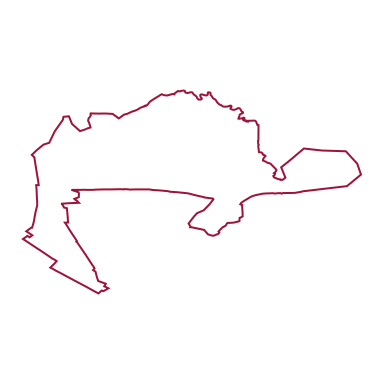 Stopiņu pag., Stopinu, Latvia
{"feature_id": "27541924B13594344549497", "entity_name": "Stopiņu pag.", "entity_type": "district", "adm_level": 2, "iso_a3": "LVA", "parent_name": "Latvia", "parent_adm1": "Stopinu", "projection": "robinson", "projection_center": [24.317, 56.919], "detail": "fine", "context": "isolated", "style": "outline", "palette": "rose", "viewbox_px": 384, "rotation_deg": 0, "n_neighbors": 0, "source": "geoboundaries", "source_scale": "gbopen_adm2", "svg_char_len": 5736}
<svg xmlns="http://www.w3.org/2000/svg" viewBox="0 0 384 384"><path d="M178.2,91.0L177.8,91.1L174.4,93.6L174.4,94.3L172.4,94.0L167.3,95.5L164.1,95.2L161.7,94.2L152.0,100.2L149.9,101.7L147.2,105.1L145.0,105.7L145.3,106.1L144.4,106.4L142.8,106.9L142.0,107.1L140.8,107.6L139.7,108.2L138.2,109.2L137.5,109.6L136.9,109.8L135.1,110.6L134.4,110.9L132.5,111.4L131.8,111.7L127.5,113.7L126.7,114.0L125.9,114.2L124.5,114.4L120.9,116.9L120.0,117.6L118.7,118.4L116.7,116.9L116.8,116.9L115.7,116.1L115.2,115.8L114.0,114.9L112.8,113.9L105.1,113.5L99.0,113.6L94.0,113.5L90.7,113.4L90.5,114.1L90.8,115.2L90.5,115.9L89.6,117.3L89.1,117.8L88.6,118.3L88.1,120.7L88.9,122.4L89.6,124.2L90.5,127.5L87.4,128.4L85.5,129.3L80.0,131.1L72.0,123.9L68.9,116.3L63.5,116.8L62.8,119.9L54.7,131.4L49.2,142.8L43.5,144.6L36.0,150.8L33.3,153.5L33.2,153.6L31.8,154.9L34.5,157.5L34.4,157.8L36.2,169.2L38.0,180.1L38.7,185.1L36.2,185.1L36.6,190.2L36.9,197.9L37.1,200.7L37.2,201.3L37.2,204.9L37.2,205.3L35.5,212.3L33.7,222.2L32.1,227.7L31.2,227.7L26.3,231.3L32.3,235.3L29.6,237.3L27.4,235.9L25.4,237.4L23.0,239.0L36.4,247.9L40.3,250.4L44.9,253.5L52.7,258.8L54.4,259.6L56.6,261.1L55.8,262.0L55.2,262.8L50.3,267.6L53.6,269.3L55.9,270.7L58.7,272.1L74.2,280.4L82.7,284.9L86.9,287.1L93.1,290.6L98.4,293.4L101.1,291.0L101.9,290.5L103.4,291.2L108.4,288.3L105.4,286.8L104.2,286.3L105.8,283.8L102.1,282.4L98.2,281.0L97.2,278.0L96.6,276.0L95.5,271.6L93.1,270.1L94.5,268.4L93.9,267.3L93.2,266.1L92.1,264.7L85.6,254.7L76.7,241.7L76.4,241.6L76.9,241.0L73.3,235.6L69.6,230.0L67.9,227.2L66.5,224.9L64.9,222.6L68.1,222.5L68.0,222.0L68.0,221.5L68.0,221.1L67.8,218.8L67.7,216.9L66.9,208.2L64.2,207.6L64.0,207.4L62.3,204.3L61.9,204.2L61.9,203.7L69.0,203.2L78.9,202.8L76.7,200.6L75.2,199.7L74.4,198.9L78.8,197.1L78.8,196.8L78.9,194.5L78.8,194.3L78.9,193.8L78.9,193.3L78.5,192.2L71.4,189.9L81.5,189.9L81.8,189.8L83.1,189.8L91.5,189.9L93.9,189.8L95.7,189.6L104.4,189.4L110.8,189.4L121.1,189.2L121.3,189.3L124.1,189.3L124.1,189.2L125.9,189.2L126.7,189.2L130.5,189.6L131.4,189.5L135.8,189.4L144.7,189.4L146.9,189.4L149.3,189.4L153.0,190.0L159.6,190.4L165.1,190.9L167.3,191.1L169.0,191.4L169.5,191.7L177.0,192.2L186.9,193.2L189.6,193.7L193.6,194.8L200.4,196.4L203.8,197.1L204.2,197.4L207.6,197.9L208.9,198.1L212.8,198.5L213.1,198.8L213.4,199.3L212.3,200.7L209.6,204.2L203.7,210.3L197.0,213.2L194.9,215.6L194.4,216.0L188.6,223.5L190.5,226.6L190.2,227.2L191.1,227.2L197.1,228.4L201.9,229.4L204.2,229.9L207.9,234.3L210.9,235.3L213.3,235.8L215.7,234.9L218.1,233.9L218.5,233.7L219.3,232.7L218.5,231.6L219.4,230.5L220.0,229.9L221.5,228.4L222.4,227.5L222.7,227.2L224.1,226.6L224.3,226.4L225.3,225.8L226.2,224.9L226.9,223.4L228.0,222.9L231.4,222.8L233.7,222.6L239.4,221.2L239.6,217.9L240.7,217.5L242.6,216.4L242.6,213.1L242.5,211.7L242.4,210.5L242.4,209.7L242.1,205.8L242.3,205.3L242.3,205.1L240.3,204.3L241.0,203.1L242.3,202.0L245.6,199.9L247.1,199.1L249.6,197.5L250.5,197.0L251.3,196.6L252.4,196.1L255.8,195.1L262.6,193.7L265.2,193.5L267.5,193.4L273.1,193.2L274.3,193.5L275.0,193.5L279.1,193.1L280.5,193.1L281.7,193.7L282.0,193.5L283.2,193.0L283.8,192.9L285.1,193.1L286.4,193.0L289.6,193.0L293.6,192.9L295.0,192.9L298.2,192.3L301.8,191.7L302.1,191.4L324.9,188.7L333.6,187.7L347.1,186.1L347.7,185.5L361.0,174.6L357.2,163.6L354.1,160.3L348.8,154.5L345.9,151.3L321.9,150.5L312.7,149.5L303.9,148.5L295.5,155.6L292.7,158.0L288.6,161.4L281.2,167.3L285.4,177.7L284.7,178.2L282.5,179.9L281.3,179.8L280.6,179.9L280.5,179.4L278.5,179.2L273.9,177.3L273.3,176.0L274.7,174.9L275.0,173.6L274.0,173.1L275.7,171.6L275.9,171.2L276.0,171.0L276.5,170.0L275.5,168.8L270.3,163.5L267.7,162.8L266.6,162.3L266.0,161.8L262.9,160.5L263.2,159.1L263.4,158.6L263.5,158.3L263.8,158.0L265.2,156.3L265.5,156.0L265.4,155.8L264.6,155.2L263.9,155.1L263.3,154.8L262.7,154.4L262.7,154.2L262.7,153.7L261.9,152.7L261.6,152.6L261.2,152.4L260.5,152.4L259.5,152.2L259.0,152.2L258.8,151.0L258.7,149.2L258.3,147.3L258.4,144.4L258.5,144.4L258.1,143.4L258.2,142.9L258.0,140.8L258.3,140.4L258.4,140.2L258.5,125.1L257.4,125.0L257.3,124.6L257.1,124.1L256.0,121.5L255.0,120.7L254.2,120.6L253.6,120.6L251.6,120.7L248.4,120.8L248.7,121.2L248.6,121.4L248.4,121.5L248.0,121.7L247.6,121.6L246.2,121.4L245.9,121.2L245.7,121.2L245.7,120.8L245.6,120.3L244.7,120.2L244.2,120.5L243.5,120.3L243.2,119.9L243.1,119.7L244.4,118.4L244.4,118.0L244.1,117.8L243.7,117.7L243.1,117.8L242.7,118.1L242.1,118.3L241.6,118.4L240.9,118.5L240.0,118.6L239.4,118.8L239.1,118.8L238.4,118.6L238.4,118.3L238.8,117.8L239.0,117.0L239.4,116.1L239.6,115.4L239.7,114.7L240.3,114.2L241.0,113.8L242.2,113.4L243.0,112.9L242.9,112.2L241.8,111.5L241.3,111.0L240.8,109.9L240.5,109.4L239.9,108.6L239.1,108.2L238.8,108.1L238.1,108.1L237.3,108.6L235.4,109.5L234.4,109.8L233.3,109.8L232.5,109.7L231.8,109.4L230.6,108.9L230.4,108.1L231.5,106.6L231.4,106.1L230.9,105.7L230.4,105.6L229.9,105.7L229.2,105.9L227.7,106.5L226.4,106.6L225.3,106.7L223.6,106.6L222.4,106.2L221.9,105.7L221.2,105.2L220.3,104.9L219.4,104.4L218.8,104.0L217.2,102.4L216.3,100.9L215.4,99.6L213.1,98.3L212.9,98.1L212.7,97.8L212.2,97.0L212.0,96.4L211.5,95.9L210.8,95.3L210.5,94.6L210.6,93.7L210.6,93.2L210.2,92.7L209.7,92.4L209.1,92.3L208.1,92.4L207.7,93.1L207.9,93.8L207.7,94.6L207.4,95.0L206.9,95.3L206.3,95.5L205.5,95.4L202.7,94.6L201.1,94.4L200.5,94.8L200.2,95.2L200.6,97.0L201.8,98.4L201.8,98.7L201.7,99.0L201.1,99.4L200.3,99.6L199.5,99.6L198.8,99.6L198.1,99.2L197.9,99.0L197.3,98.3L197.0,97.7L196.8,97.0L196.4,96.5L195.5,95.7L194.1,94.7L193.6,94.3L193.2,93.8L193.0,93.3L192.5,92.8L192.0,92.3L191.1,92.2L189.9,92.4L188.3,92.9L187.6,93.0L187.0,92.9L185.6,92.6L185.3,92.4L185.1,91.6L184.8,90.9L184.0,90.6L182.8,90.6L181.7,90.8L180.9,91.1L180.2,91.3L179.3,91.4L178.7,91.2L178.2,91.0Z" fill="none" stroke="#9f1239" stroke-width="2"/></svg>